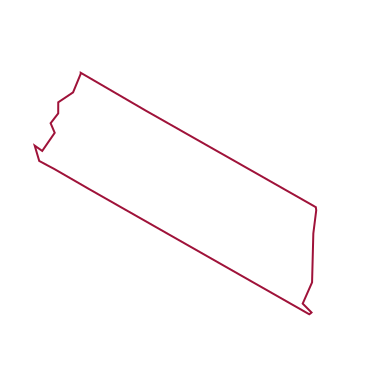 outline of Lincoln, North Carolina, United States of America, rotated 207°
{"feature_id": "52423323B90543802473201", "entity_name": "Lincoln", "entity_type": "district", "adm_level": 2, "iso_a3": "USA", "parent_name": "United States of America", "parent_adm1": "North Carolina", "projection": "orthographic", "projection_center": [-81.221, 35.484], "detail": "fine", "context": "isolated", "style": "outline", "palette": "rose", "viewbox_px": 384, "rotation_deg": 207, "n_neighbors": 0, "source": "geoboundaries", "source_scale": "gbopen_adm2", "svg_char_len": 490}
<svg xmlns="http://www.w3.org/2000/svg" viewBox="0 0 384 384"><g transform="rotate(207 192 192)"><path d="M32.0,136.3L31.2,137.8L30.8,138.9L42.7,142.8L44.0,166.0L65.1,210.2L73.0,232.1L74.8,234.7L75.5,234.7L77.1,234.8L175.5,239.3L184.9,239.7L270.0,243.5L345.3,247.7L344.8,246.7L343.2,226.8L351.9,211.2L346.9,201.3L349.2,189.1L341.2,182.4L344.1,160.6L353.2,161.9L342.2,150.3L332.7,150.1L325.6,150.0L285.5,147.9L32.2,136.3L32.0,136.3Z" fill="none" stroke="#9f1239" stroke-width="2"/></g></svg>